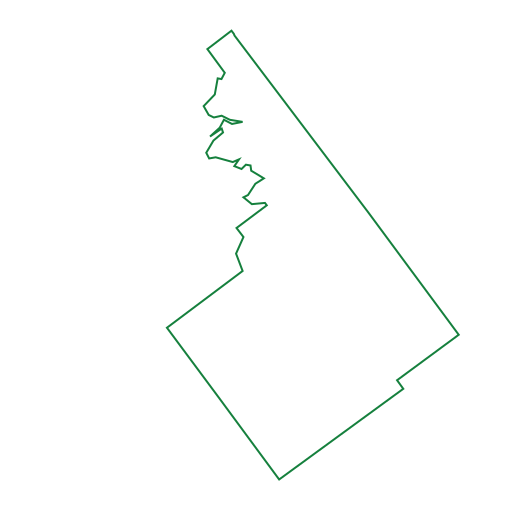 outline of Benson, North Dakota, United States of America, rotated 233°
{"feature_id": "52423323B29085159471354", "entity_name": "Benson", "entity_type": "district", "adm_level": 2, "iso_a3": "USA", "parent_name": "United States of America", "parent_adm1": "North Dakota", "projection": "orthographic", "projection_center": [-98.952, 48.109], "detail": "fine", "context": "isolated", "style": "outline", "palette": "green", "viewbox_px": 512, "rotation_deg": 233, "n_neighbors": 0, "source": "geoboundaries", "source_scale": "gbopen_adm2", "svg_char_len": 762}
<svg xmlns="http://www.w3.org/2000/svg" viewBox="0 0 512 512"><g transform="rotate(233 256 256)"><path d="M223.0,371.9L445.0,371.5L446.7,372.0L450.7,372.0L450.5,341.7L421.1,341.3L418.1,334.9L420.9,332.3L409.8,320.3L407.2,304.4L397.1,303.1L392.0,305.7L388.7,313.0L380.5,317.1L371.2,326.0L375.9,316.3L384.1,312.4L380.3,304.2L379.1,291.2L378.4,305.3L374.5,304.0L373.8,291.5L368.4,278.4L362.1,277.3L359.1,283.2L345.0,294.0L343.4,300.6L340.8,292.8L334.2,296.8L335.0,302.9L331.6,306.1L327.0,303.5L313.3,309.0L314.1,299.0L309.5,286.3L310.4,281.3L299.9,283.9L293.0,295.1L290.0,295.1L290.1,257.3L278.7,257.4L269.9,241.5L252.1,236.3L252.3,141.7L166.9,141.1L63.6,140.0L61.3,293.7L71.9,293.9L71.1,370.5L223.0,371.9Z" fill="none" stroke="#15803d" stroke-width="2"/></g></svg>